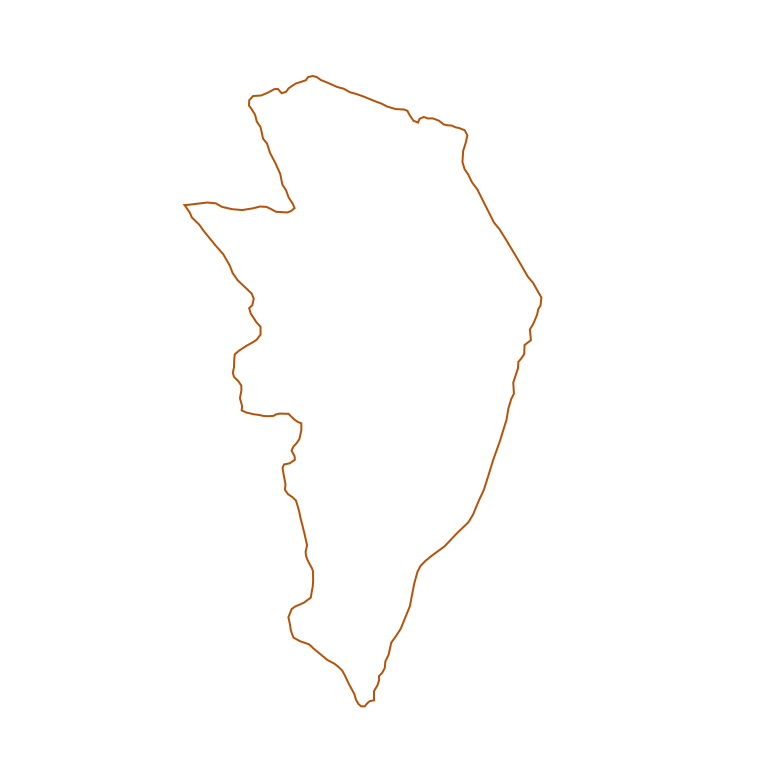 Pajala, Norrbotten, Sweden, rotated 171°
{"feature_id": "70781695B61999332123961", "entity_name": "Pajala", "entity_type": "district", "adm_level": 2, "iso_a3": "SWE", "parent_name": "Sweden", "parent_adm1": "Norrbotten", "projection": "mercator", "projection_center": [23.06, 67.406], "detail": "fine", "context": "isolated", "style": "outline", "palette": "amber", "viewbox_px": 768, "rotation_deg": 171, "n_neighbors": 0, "source": "geoboundaries", "source_scale": "gbopen_adm2", "svg_char_len": 3091}
<svg xmlns="http://www.w3.org/2000/svg" viewBox="0 0 768 768"><g transform="rotate(171 384 384)"><path d="M232.1,404.3L231.7,409.2L231.4,415.1L227.2,420.0L222.0,428.4L219.9,433.9L217.1,437.1L215.0,444.8L217.4,451.0L220.9,460.5L225.1,467.4L231.4,483.8L235.6,494.3L241.5,508.9L245.7,518.7L250.2,526.4L261.4,561.6L265.6,569.6L268.0,577.6L270.8,583.6L271.8,590.9L269.4,601.7L265.6,609.4L262.8,616.4L264.5,621.9L269.7,625.1L271.0,625.5L273.6,626.5L276.4,628.6L280.9,629.6L284.4,631.0L288.6,635.5L294.2,638.7L299.0,639.4L302.9,641.5L307.4,640.4L309.5,636.9L313.7,639.4L316.5,645.3L318.2,650.2L321.0,651.9L329.4,653.7L337.4,657.5L342.6,661.3L350.0,665.5L358.7,670.8L365.0,674.3L372.3,677.7L377.5,681.9L383.8,684.7L388.7,687.9L393.6,691.0L398.8,694.1L402.3,697.6L406.1,699.4L411.0,699.0L413.6,696.4L413.8,696.2L420.1,695.2L424.3,694.5L428.4,692.7L431.9,691.0L435.1,687.9L439.6,687.2L442.7,692.0L446.2,692.4L453.2,689.9L460.2,688.2L468.2,688.9L472.7,685.4L473.8,680.2L471.7,676.0L469.2,670.1L468.6,663.1L465.8,657.2L465.4,651.6L465.1,645.3L461.9,639.7L460.5,630.3L456.7,619.1L453.6,607.6L453.2,596.8L450.4,590.5L449.0,583.2L445.9,576.2L444.8,571.7L449.0,569.3L452.9,568.6L463.7,571.0L469.2,575.2L472.4,577.3L478.7,578.7L486.0,578.0L496.8,578.0L506.6,580.4L516.3,584.3L521.9,588.8L530.3,590.9L549.1,591.6L553.0,591.9L552.8,591.6L549.0,583.6L547.7,578.5L541.5,570.2L538.1,563.3L528.3,546.5L522.5,537.4L517.8,525.1L516.2,517.5L512.4,509.5L500.6,494.1L499.3,488.7L501.7,482.5L505.3,480.0L504.6,474.4L500.6,465.5L498.6,462.2L497.0,459.9L498.2,452.1L502.8,447.7L506.6,445.9L514.0,443.2L522.0,439.6L526.7,436.7L528.1,431.6L529.6,423.8L531.6,418.6L531.0,414.4L527.4,409.5L525.2,404.8L525.8,400.1L528.5,392.5L527.6,384.3L528.7,380.2L524.3,377.3L517.1,374.4L512.0,372.9L507.5,371.1L502.4,370.2L498.2,369.8L495.3,370.9L491.7,371.1L483.0,369.5L478.3,363.1L474.9,359.9L471.8,358.1L472.9,351.2L476.1,343.0L479.4,339.4L483.4,336.3L485.7,332.5L483.6,326.7L483.9,323.1L489.7,320.4L495.3,320.2L497.3,317.1L497.3,309.9L497.0,300.3L498.4,295.0L496.1,290.3L491.9,286.3L489.2,282.7L488.3,276.5L487.7,270.9L487.4,264.4L486.8,258.1L486.1,250.3L485.2,236.7L487.7,230.5L487.9,226.2L487.0,222.0L485.4,217.1L484.1,213.5L483.4,210.2L484.8,200.6L486.1,195.0L487.7,190.7L489.7,184.5L492.4,183.1L497.5,180.5L500.8,179.6L506.4,178.2L510.4,176.2L514.9,168.6L514.5,161.3L514.5,154.8L513.1,147.7L507.3,143.2L498.6,138.5L495.0,133.8L489.9,128.0L483.2,120.4L476.5,115.3L473.2,111.7L470.0,107.3L468.2,102.1L465.6,93.2L463.8,88.1L461.8,82.5L461.1,76.7L459.3,72.0L457.1,69.3L453.5,68.6L450.2,71.5L447.5,73.1L443.3,73.1L442.0,82.0L437.5,87.6L435.1,92.5L434.7,96.3L430.9,99.1L427.7,103.3L426.0,109.9L421.8,115.9L417.3,127.4L412.4,132.3L405.8,139.6L393.2,160.5L385.5,181.8L380.3,193.3L376.5,198.5L370.9,202.7L363.2,207.2L349.6,214.2L335.0,225.4L322.4,234.1L316.5,241.1L308.8,253.6L301.8,264.1L295.2,277.3L288.2,291.6L278.5,309.4L268.7,329.3L264.9,340.5L260.7,349.2L257.2,354.1L256.1,365.2L251.6,374.0L249.2,378.5L247.8,384.8L244.3,387.9L240.8,391.7L239.1,400.5L235.2,402.6L232.1,404.3Z" fill="none" stroke="#b45309" stroke-width="2"/></g></svg>